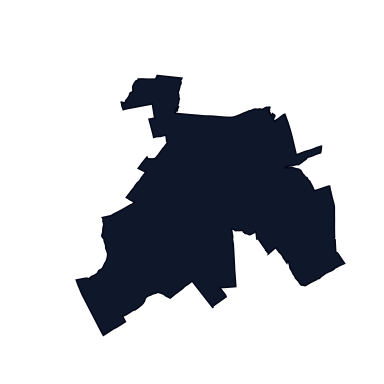 Bira, Neamt, Romania (Mercator projection), rotated 342°
{"feature_id": "2599482B54289612077221", "entity_name": "Bira", "entity_type": "district", "adm_level": 2, "iso_a3": "ROU", "parent_name": "Romania", "parent_adm1": "Neamt", "projection": "mercator", "projection_center": [27.049, 47.027], "detail": "fine", "context": "isolated", "style": "filled", "palette": "ink", "viewbox_px": 384, "rotation_deg": 342, "n_neighbors": 0, "source": "geoboundaries", "source_scale": "gbopen_adm2", "svg_char_len": 5955}
<svg xmlns="http://www.w3.org/2000/svg" viewBox="0 0 384 384"><g transform="rotate(342 192 192)"><path d="M315.1,307.1L314.4,304.6L314.1,304.0L313.2,300.8L311.8,295.7L311.5,295.0L310.2,293.3L313.3,281.7L312.7,281.6L312.9,280.6L313.5,279.3L314.4,276.3L316.5,269.5L319.1,261.7L320.2,258.1L322.8,250.1L323.2,247.2L323.6,240.0L324.0,235.8L324.1,234.1L324.7,228.8L322.9,228.6L311.8,228.7L308.6,228.6L308.5,225.5L307.2,217.9L306.7,217.7L306.0,215.3L305.9,214.1L305.8,213.8L304.7,213.1L304.2,212.4L304.1,212.0L304.0,211.1L302.9,208.9L302.8,208.4L302.2,205.4L301.5,204.2L300.2,203.0L298.3,202.1L294.9,199.7L294.4,199.5L291.1,198.9L289.8,198.3L287.8,197.6L288.3,197.3L289.7,197.1L291.9,197.4L294.9,197.7L296.7,198.0L299.6,198.2L301.1,198.6L301.9,198.9L302.3,198.9L303.1,198.3L304.1,198.3L304.9,197.7L305.5,197.9L306.8,197.2L310.7,196.0L312.0,195.0L312.7,194.8L317.9,194.8L321.0,194.5L325.0,194.4L325.8,194.6L326.5,194.2L327.2,193.3L327.8,191.8L328.8,189.9L329.3,188.4L327.9,188.3L324.1,188.3L320.4,188.6L317.7,188.7L312.4,188.4L303.0,188.9L302.7,188.6L304.2,170.3L304.6,163.1L304.7,155.7L304.5,151.6L304.4,146.7L303.1,146.7L301.8,147.1L297.9,148.5L292.6,150.1L292.3,150.4L291.8,147.5L292.5,147.2L294.2,145.6L294.4,145.2L294.3,144.3L294.2,144.0L293.3,143.0L292.8,142.3L292.3,142.7L292.1,143.0L292.2,143.3L292.7,143.8L292.7,144.0L292.0,144.1L291.4,144.3L290.9,144.1L290.8,143.8L291.2,143.0L291.3,142.7L291.1,142.6L290.7,142.6L290.4,142.5L290.3,142.1L290.6,141.2L290.7,140.7L290.0,140.4L289.8,139.9L290.6,139.1L290.0,138.9L289.9,138.6L290.6,138.4L290.8,138.1L290.5,136.9L291.3,136.7L291.2,136.4L291.3,136.2L292.1,136.0L292.3,135.6L292.3,135.4L292.1,135.3L289.6,134.7L289.0,134.4L287.1,134.6L285.5,135.1L284.6,135.0L282.8,134.5L281.9,133.8L280.0,133.7L278.0,132.7L276.8,132.5L275.1,132.5L272.8,132.8L271.5,132.5L270.9,132.5L269.8,132.7L265.6,132.9L261.3,133.4L256.9,133.6L255.1,133.6L252.6,133.2L249.2,132.1L244.4,130.2L234.5,126.0L227.6,123.6L217.3,119.2L214.7,118.2L212.7,117.3L199.9,111.8L200.0,111.0L200.3,110.7L200.6,110.7L201.2,110.8L201.6,110.5L201.7,110.1L202.2,110.1L202.4,109.7L202.6,109.7L202.9,110.2L203.1,110.3L203.4,110.1L203.5,109.6L203.4,109.5L203.1,109.4L202.2,109.6L201.8,109.5L201.8,109.2L202.5,109.1L202.5,108.9L202.2,108.4L202.2,108.1L202.5,108.1L203.0,108.6L203.2,108.0L203.3,107.9L203.9,108.4L204.2,108.1L204.4,108.1L204.5,107.8L204.2,107.3L205.4,107.1L205.6,106.6L205.5,106.4L205.0,105.9L205.1,105.0L206.0,104.0L206.8,103.0L207.4,101.5L208.8,99.3L208.7,98.0L208.9,97.2L209.2,96.3L209.4,95.6L209.6,93.1L210.0,92.5L211.5,90.5L212.7,88.6L213.5,86.9L214.5,86.2L215.2,85.1L215.5,84.3L215.5,83.2L215.6,82.5L215.7,82.3L216.7,81.7L217.6,80.6L194.9,70.4L192.6,73.0L191.6,73.2L184.5,70.9L179.7,69.1L175.7,67.9L174.8,69.2L174.5,69.2L173.8,69.0L172.7,69.1L169.7,71.6L168.3,73.3L167.8,74.5L167.3,76.8L166.9,77.7L166.3,78.4L164.3,78.5L163.6,78.8L162.1,80.9L161.0,82.0L159.3,83.3L157.7,84.2L157.1,84.7L156.9,85.4L156.8,86.4L156.1,86.3L154.5,85.8L152.5,84.6L152.4,84.9L152.3,86.2L151.9,89.0L152.0,90.9L152.0,92.5L154.1,92.5L160.6,93.3L181.5,96.0L179.3,110.2L173.6,109.4L172.8,124.3L172.4,128.3L174.7,128.3L177.4,128.9L178.8,129.4L182.4,129.6L184.7,129.9L184.4,131.9L183.6,136.1L183.9,136.6L183.8,137.5L183.5,137.8L180.5,139.8L179.3,140.8L178.1,141.3L171.5,146.2L170.0,147.0L169.4,147.7L169.0,147.9L168.4,148.0L167.8,148.5L167.3,148.6L166.1,148.6L164.1,148.2L161.1,147.0L160.4,146.9L160.2,146.4L160.0,144.8L156.1,147.3L155.8,147.6L154.4,148.4L152.1,150.0L150.7,151.1L148.1,152.9L153.2,157.8L154.2,158.5L152.7,159.8L149.7,161.9L148.5,162.6L147.5,163.4L147.2,163.9L145.2,165.4L144.6,165.7L143.2,166.1L139.7,168.5L138.5,169.7L133.4,173.0L133.2,173.2L132.0,174.1L131.4,174.4L127.8,176.9L129.4,178.6L129.8,179.3L130.8,180.5L132.0,181.6L134.2,184.0L132.8,184.4L132.3,184.7L131.9,185.1L129.1,185.3L124.1,186.4L118.8,187.5L111.1,188.7L107.7,189.5L98.8,188.6L99.0,189.3L99.0,190.3L98.8,191.0L98.2,192.2L98.2,194.5L98.1,195.3L97.9,195.9L96.0,199.2L95.2,201.4L94.5,203.0L93.5,204.3L92.7,205.7L92.6,206.6L92.8,207.2L93.7,209.3L93.7,209.9L93.3,211.6L93.4,215.0L93.3,216.2L92.6,218.9L92.8,224.1L92.6,224.9L92.2,226.1L91.0,228.4L89.0,231.3L87.0,232.9L84.6,235.5L83.1,236.9L81.9,237.4L79.0,237.9L77.1,239.8L76.2,240.3L74.9,240.6L73.4,241.1L71.0,241.2L69.8,241.5L68.2,242.2L68.0,242.9L68.0,243.5L66.4,242.0L65.0,241.3L63.5,241.0L54.7,239.9L54.9,245.2L55.7,255.0L62.5,296.5L63.4,301.0L75.7,297.7L78.0,297.5L88.6,294.8L87.6,288.8L91.9,288.3L99.4,286.3L101.4,286.5L104.8,285.5L108.4,284.1L110.6,283.1L112.9,281.3L114.9,278.5L116.1,277.9L118.0,277.3L120.9,277.3L122.0,276.9L122.6,276.9L125.7,276.9L126.5,277.1L128.4,276.7L131.8,279.0L133.9,281.0L135.0,282.8L138.5,286.2L144.8,283.7L147.8,282.8L148.3,282.5L153.0,281.0L155.9,279.5L156.6,279.4L157.5,279.0L158.5,278.9L164.6,276.8L176.2,308.8L176.4,307.1L192.1,302.2L192.0,300.2L188.9,291.7L189.0,291.6L194.8,293.2L204.4,295.5L204.7,294.6L208.8,277.9L209.5,275.6L215.2,254.2L215.8,249.8L217.0,246.9L218.1,239.3L218.5,239.4L220.4,240.6L220.7,241.1L220.9,241.8L221.2,242.1L228.7,244.4L228.5,245.4L228.6,246.1L229.4,246.9L229.5,247.5L229.9,247.9L231.1,248.5L232.0,249.1L233.1,250.2L233.7,250.5L234.4,250.6L236.9,250.1L238.5,250.0L239.2,249.5L240.0,248.7L240.4,249.3L240.2,251.7L239.1,256.7L240.1,256.7L240.6,257.5L243.3,266.6L244.4,269.8L244.1,269.8L244.0,270.1L244.5,270.8L244.9,272.2L245.5,273.2L245.6,273.9L245.3,274.6L254.4,270.7L256.0,275.3L256.1,276.0L257.1,277.4L258.2,280.3L258.6,283.4L259.2,284.8L259.5,286.1L260.3,289.0L261.8,287.2L262.3,287.4L262.1,292.1L261.7,294.5L261.8,295.6L262.0,296.5L262.4,297.4L262.8,300.9L263.6,303.7L263.9,305.4L263.8,306.0L264.0,306.3L265.5,309.4L266.2,311.7L266.3,312.5L267.0,314.0L267.4,314.5L268.7,314.9L270.7,316.1L277.7,314.6L283.0,313.9L284.8,313.3L286.4,313.6L286.9,313.4L287.6,312.8L294.5,310.5L296.4,310.4L297.6,310.0L298.4,310.2L300.5,309.9L301.7,309.7L303.6,309.1L304.8,308.4L307.1,308.2L307.9,307.9L309.9,307.6L315.1,307.1Z" fill="#0f172a" stroke="#020617" stroke-width="1.5"/></g></svg>